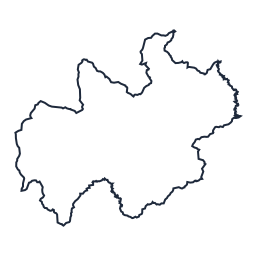 outline of Frontino, Antioquia, Colombia
{"feature_id": "7082276B55933197621379", "entity_name": "Frontino", "entity_type": "district", "adm_level": 2, "iso_a3": "COL", "parent_name": "Colombia", "parent_adm1": "Antioquia", "projection": "mercator", "projection_center": [-76.301, 6.705], "detail": "fine", "context": "isolated", "style": "outline", "palette": "slate", "viewbox_px": 256, "rotation_deg": 0, "n_neighbors": 0, "source": "geoboundaries", "source_scale": "gbopen_adm2", "svg_char_len": 5781}
<svg xmlns="http://www.w3.org/2000/svg" viewBox="0 0 256 256"><path d="M174.1,30.4L173.3,30.5L172.8,31.3L168.8,33.2L167.5,34.9L165.4,35.8L163.7,35.4L161.3,35.4L157.5,33.6L155.0,33.6L152.4,35.9L151.1,37.8L148.2,38.0L145.1,39.6L143.0,47.9L142.3,49.6L140.6,51.5L140.7,52.6L141.9,54.1L142.4,60.6L140.2,64.0L141.9,64.6L146.0,63.0L145.4,65.1L148.9,68.8L148.5,69.6L146.8,70.1L146.4,72.8L148.5,76.6L149.9,77.4L149.5,78.1L151.4,81.0L151.1,83.1L149.3,83.9L148.7,85.0L146.4,86.0L144.2,87.8L142.1,92.5L140.5,94.2L139.4,94.0L137.5,94.9L135.1,94.6L134.4,94.9L133.5,96.5L133.0,96.2L130.6,94.0L127.8,92.8L126.8,92.0L127.3,87.9L126.7,86.9L125.6,86.4L125.4,85.5L120.9,83.7L118.3,82.0L114.0,82.7L111.1,82.2L109.3,78.9L106.5,76.6L105.4,77.2L104.4,74.5L102.8,72.8L100.3,71.4L98.6,71.4L97.0,70.8L95.7,68.1L93.9,66.6L93.0,63.7L92.1,62.7L87.9,61.5L86.7,59.7L85.5,59.9L84.8,59.4L83.5,59.4L82.2,60.4L82.4,61.5L81.5,62.8L78.6,64.8L77.8,69.5L78.9,72.4L78.4,74.1L78.5,76.7L77.5,79.5L78.2,85.0L79.9,89.2L80.2,97.9L79.7,100.4L83.1,104.7L82.1,106.6L82.2,107.7L82.9,108.9L82.3,109.9L76.3,113.0L74.7,110.9L70.7,109.5L70.5,109.0L69.5,109.1L67.0,108.4L65.3,107.3L63.0,108.4L61.7,107.6L51.8,106.6L48.7,105.5L44.8,102.8L40.7,101.1L38.4,103.0L37.8,104.4L35.3,105.2L34.6,108.6L30.8,113.1L30.2,115.4L30.5,116.8L31.4,118.1L26.1,119.5L23.8,121.1L21.9,123.8L21.4,129.9L18.5,130.8L15.4,132.7L15.8,134.2L15.9,138.1L16.8,143.9L17.7,146.1L19.2,147.8L19.9,153.7L19.2,155.9L17.2,159.0L17.2,160.7L16.3,162.4L16.2,166.4L17.9,169.5L19.3,170.5L19.7,172.4L20.9,174.5L23.9,177.5L24.2,178.7L23.0,183.4L23.0,186.5L21.7,188.7L21.5,190.8L25.0,190.1L26.7,188.9L29.0,182.7L30.7,182.2L32.0,180.8L34.4,180.3L36.0,180.4L37.2,182.2L38.6,182.2L39.6,181.6L42.7,187.1L42.2,189.8L42.4,192.1L42.9,193.7L44.1,195.5L43.1,197.3L40.7,198.9L40.0,200.5L41.8,201.8L42.2,203.8L43.3,205.1L43.7,206.8L44.9,208.0L46.8,208.1L47.6,209.4L50.2,210.8L51.8,210.5L52.7,209.4L53.8,209.9L54.0,212.0L54.7,212.7L56.2,213.2L57.1,214.5L57.6,222.5L60.7,224.0L61.9,224.1L62.4,225.0L63.5,225.6L66.2,222.9L69.3,222.1L70.0,221.0L70.4,217.3L71.2,215.5L71.0,213.2L71.8,212.1L71.5,211.1L71.9,208.5L74.0,207.3L73.1,205.5L73.1,204.0L75.1,201.2L77.8,199.0L80.4,195.5L80.2,193.7L82.9,193.7L84.4,191.7L85.6,190.8L87.1,190.4L86.6,188.7L88.3,187.9L89.6,187.9L89.1,185.5L93.1,184.9L93.1,182.8L92.5,182.3L93.2,181.3L95.3,181.5L96.1,180.9L97.0,181.7L97.8,181.2L99.4,181.3L101.8,180.4L102.9,179.1L104.1,179.8L104.7,178.5L106.4,180.0L107.5,179.9L108.1,181.6L108.8,182.4L109.9,182.7L110.6,183.6L112.4,183.6L111.9,184.1L112.4,185.8L111.8,186.6L111.3,186.5L111.3,187.1L112.8,188.6L111.9,189.1L112.2,190.1L111.3,191.2L111.8,191.9L113.1,191.6L113.2,192.6L114.2,192.6L114.7,193.2L114.8,194.5L115.5,194.7L115.8,195.2L115.0,196.6L116.2,197.1L117.6,195.4L117.9,195.9L117.3,197.6L118.2,197.7L119.2,198.5L120.4,198.3L120.9,198.9L120.4,201.3L119.4,201.4L119.8,202.2L119.5,203.0L120.5,203.4L121.0,204.7L122.0,204.9L122.1,205.3L121.8,206.3L120.5,206.3L120.0,208.5L121.2,211.5L122.7,212.3L123.2,214.2L124.7,215.1L127.6,215.6L128.4,216.4L130.4,216.9L132.2,218.1L133.3,217.9L135.4,216.7L136.7,217.5L138.9,216.6L139.3,215.0L141.7,214.0L142.2,212.8L142.3,209.3L145.0,208.5L145.7,206.1L147.8,204.2L148.9,204.6L151.0,203.9L151.9,203.3L152.6,202.0L153.5,203.0L154.9,202.9L156.6,204.5L157.5,204.2L159.8,204.7L161.4,203.4L163.7,203.4L165.2,199.5L167.0,198.0L167.8,196.4L169.9,194.6L170.6,193.1L172.5,191.5L173.2,190.0L173.4,188.4L178.8,187.2L181.4,188.4L182.5,188.4L183.6,187.5L184.5,187.4L184.8,186.4L186.3,185.3L187.0,184.4L187.3,182.0L190.3,182.6L193.0,182.3L195.0,180.7L195.8,180.6L196.1,181.2L196.8,181.2L198.7,180.5L200.1,179.2L202.2,178.9L201.2,177.2L203.3,171.5L202.0,168.7L205.4,164.1L204.5,163.6L204.6,162.2L203.1,160.2L198.6,158.9L198.0,151.5L199.2,149.7L197.4,149.0L196.9,148.2L194.4,147.5L192.2,146.1L192.9,144.3L194.8,141.9L195.8,139.6L198.0,138.9L199.3,139.3L201.4,137.2L204.3,136.7L206.8,136.9L208.1,136.7L210.1,134.1L213.0,133.2L213.4,132.4L213.0,131.8L213.1,130.4L215.1,127.2L216.1,126.8L219.0,127.2L220.2,126.4L222.9,127.0L224.0,125.3L228.5,124.3L230.9,122.4L231.9,121.2L232.2,119.1L233.7,117.9L236.1,118.0L238.6,117.5L240.6,116.1L239.9,115.9L238.3,116.3L237.8,115.2L237.0,115.1L236.5,115.6L236.8,116.4L236.4,117.0L234.6,115.6L235.7,113.9L235.0,113.4L235.1,112.1L236.0,111.8L235.1,109.8L234.3,109.7L234.3,109.1L234.9,108.2L235.8,108.3L235.5,107.4L235.8,105.8L236.6,105.5L237.7,105.8L238.3,105.0L237.8,104.5L237.9,103.8L237.1,103.8L235.9,102.4L235.1,102.2L234.5,101.6L235.8,101.2L236.7,101.4L237.1,100.9L236.2,99.4L235.4,98.9L236.1,98.3L236.1,97.7L235.4,97.2L235.8,96.6L235.6,95.5L234.8,95.8L234.4,95.1L235.1,94.0L236.1,94.6L236.5,94.0L237.0,94.0L236.3,92.7L236.9,92.1L237.4,92.6L237.8,91.9L236.3,90.9L236.1,89.7L235.0,89.4L234.4,90.1L233.8,90.1L232.1,88.0L231.9,86.5L229.7,85.4L229.6,84.6L228.5,84.3L228.8,83.0L227.8,82.2L228.7,80.4L227.5,79.8L227.1,78.9L225.2,79.3L224.6,78.0L223.7,78.9L223.6,77.7L223.1,77.5L223.6,76.9L222.9,76.6L223.3,76.1L222.3,76.2L222.3,75.3L221.4,74.7L221.0,75.1L220.4,74.5L219.9,74.5L220.1,73.5L218.2,71.5L218.0,70.7L218.5,70.4L218.9,69.0L217.6,67.0L218.3,66.2L217.8,65.9L218.0,65.1L216.8,65.4L216.7,65.1L217.7,64.5L218.2,61.8L218.6,62.6L219.9,62.6L220.5,62.2L220.6,61.5L219.3,61.9L218.4,61.3L217.6,61.3L214.5,62.7L213.1,64.4L210.3,69.2L207.6,69.9L206.8,72.9L205.1,74.3L204.4,74.3L204.0,73.5L200.3,72.7L199.3,71.2L197.5,70.5L196.1,68.6L194.3,67.7L189.6,67.0L188.4,67.0L187.5,67.5L187.9,63.4L187.8,62.6L187.3,62.3L186.0,62.3L184.0,63.0L182.7,62.2L182.3,61.3L181.3,62.2L178.5,62.9L175.5,63.1L172.1,60.0L171.8,58.3L170.6,56.7L170.8,56.1L169.1,54.4L169.0,53.7L167.2,51.9L164.6,50.6L164.4,48.2L165.0,47.4L165.0,45.8L166.8,44.5L167.6,42.5L169.4,41.8L171.2,40.3L171.4,39.1L172.8,37.4L173.4,34.6L173.3,32.7L175.2,31.4L174.1,30.4Z" fill="none" stroke="#1e293b" stroke-width="2"/></svg>